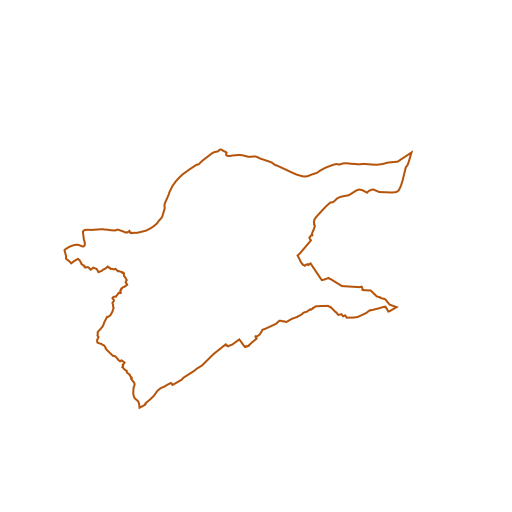 outline of Tha Ruea, Phra Nakhon Si Ayutthaya, Thailand, rotated 141°
{"feature_id": "78962969B60015542915267", "entity_name": "Tha Ruea", "entity_type": "district", "adm_level": 2, "iso_a3": "THA", "parent_name": "Thailand", "parent_adm1": "Phra Nakhon Si Ayutthaya", "projection": "orthographic", "projection_center": [100.715, 14.546], "detail": "fine", "context": "isolated", "style": "outline", "palette": "amber", "viewbox_px": 512, "rotation_deg": 141, "n_neighbors": 0, "source": "geoboundaries", "source_scale": "gbopen_adm2", "svg_char_len": 6109}
<svg xmlns="http://www.w3.org/2000/svg" viewBox="0 0 512 512"><g transform="rotate(141 256 256)"><path d="M120.0,228.2L110.3,219.7L107.7,218.0L106.4,217.3L104.2,217.2L103.4,217.3L99.1,219.4L94.6,222.4L84.1,230.4L83.6,230.7L81.1,231.3L78.6,232.7L70.0,238.6L86.6,240.2L94.9,245.7L100.1,248.0L104.7,250.9L107.8,253.6L114.2,259.7L118.4,262.5L119.5,263.5L120.2,264.4L121.2,265.1L121.8,266.0L123.3,267.0L125.8,269.7L128.5,272.1L130.4,273.3L133.9,274.7L134.9,276.2L137.3,277.8L143.9,280.1L147.0,281.0L153.6,282.2L155.2,282.1L157.2,282.6L161.6,284.3L165.8,285.6L167.7,286.8L169.5,288.4L173.2,293.7L175.9,299.0L183.0,313.6L183.8,314.2L184.0,315.5L184.4,316.4L184.6,317.7L185.0,318.9L185.8,320.3L191.4,329.1L193.1,332.7L193.9,333.8L194.6,334.4L198.7,337.2L199.7,338.1L201.8,341.1L203.8,343.5L205.3,345.0L210.7,348.7L213.6,350.3L215.0,351.7L215.5,352.5L215.6,353.3L215.4,353.7L214.9,354.2L213.9,354.7L214.1,356.3L214.7,357.0L216.0,360.4L216.3,360.6L216.8,361.3L218.3,361.5L219.2,361.2L219.6,361.2L222.7,362.8L224.3,363.3L225.8,363.5L237.8,363.8L242.8,363.3L244.3,364.1L245.4,364.4L252.5,365.1L261.4,365.6L266.9,365.2L271.2,364.5L276.8,363.0L282.9,360.2L285.3,358.6L293.5,354.4L294.6,353.6L295.7,352.4L296.6,350.9L297.2,350.3L303.2,346.2L304.5,345.5L305.8,345.0L308.9,344.6L312.6,343.6L316.5,343.5L320.2,343.8L325.5,344.9L333.6,348.7L336.3,350.9L338.2,351.9L338.2,352.6L339.2,353.1L338.6,355.2L341.3,355.2L341.6,355.4L341.9,356.1L342.9,356.6L343.0,357.3L346.5,363.1L346.9,363.5L347.5,364.0L348.9,364.2L349.8,364.8L353.1,367.9L355.5,370.6L356.5,371.3L358.5,373.5L367.3,379.7L371.3,383.1L372.5,383.9L374.0,384.2L375.1,383.9L376.2,382.3L379.4,377.2L380.4,374.6L381.6,372.8L382.7,372.0L383.3,371.9L384.3,372.1L384.6,372.3L385.2,373.2L386.8,376.1L388.1,377.5L390.0,378.7L392.9,379.9L396.2,380.8L400.5,381.2L401.2,381.0L403.7,375.4L404.9,374.1L405.2,373.7L405.3,372.8L404.8,371.2L404.4,369.2L404.2,366.6L400.8,366.5L396.3,365.9L396.1,365.7L395.8,363.5L396.2,360.9L396.7,359.8L396.2,357.5L395.7,356.8L395.6,356.4L395.7,355.7L396.1,355.5L396.0,354.5L394.1,353.5L393.2,352.4L393.3,351.6L393.1,349.4L391.0,349.3L389.8,349.4L388.0,346.1L388.6,342.6L385.5,341.6L383.4,341.6L380.8,341.0L377.9,341.1L377.8,339.6L377.1,339.2L377.1,337.4L376.2,336.8L374.6,334.8L373.3,334.4L372.9,331.0L372.2,330.8L371.3,329.2L370.2,327.8L370.2,327.5L370.5,327.0L369.5,326.4L369.5,325.7L370.0,325.3L371.2,323.4L371.1,323.0L371.2,320.7L371.4,320.0L371.6,318.6L373.3,318.1L374.0,317.4L373.9,316.0L374.3,314.6L376.8,314.9L377.7,314.9L379.2,315.5L380.2,315.3L381.2,315.5L381.6,315.2L381.8,314.6L382.8,314.7L383.2,314.6L383.9,312.9L384.4,312.4L385.0,312.7L385.4,313.6L385.8,313.8L386.5,313.7L387.8,313.1L389.3,313.0L390.3,312.5L391.3,313.3L392.1,313.7L393.3,313.9L393.8,313.8L394.1,313.5L394.3,313.0L394.0,312.1L394.0,311.8L394.6,310.6L395.0,310.4L396.5,310.1L397.1,309.9L397.9,307.9L398.8,306.8L399.3,305.2L400.5,304.6L402.4,303.2L406.7,301.5L409.1,301.8L410.2,302.4L410.5,302.4L411.6,301.7L415.8,299.9L417.2,298.9L419.2,297.9L422.3,297.2L426.9,296.5L427.4,295.9L428.4,294.6L429.3,293.9L429.4,292.1L430.5,291.5L432.1,290.9L433.3,289.5L433.7,288.5L432.5,286.3L431.5,285.1L431.1,283.2L430.4,282.3L430.3,282.0L430.6,279.2L431.2,278.6L430.7,274.0L430.0,268.3L429.2,267.6L428.4,266.4L428.3,262.4L428.4,261.7L428.1,260.3L427.9,259.8L427.7,259.6L426.5,259.7L426.2,259.6L425.2,255.9L426.5,255.5L428.1,255.3L428.3,255.1L428.2,254.5L428.3,254.2L428.8,254.0L429.5,253.9L429.9,253.7L429.7,253.1L429.6,251.7L429.6,250.5L429.3,249.3L428.7,248.2L429.6,246.9L429.3,244.8L428.8,243.0L428.9,242.8L429.2,242.7L429.3,242.5L429.2,239.5L430.1,239.6L430.3,239.1L430.5,233.8L430.9,233.0L431.4,232.4L432.3,231.7L434.0,230.7L434.8,229.9L438.0,226.3L438.7,225.1L439.5,223.1L439.7,222.1L439.7,221.1L439.1,217.9L439.2,216.7L440.2,214.1L442.0,211.4L436.2,210.2L435.9,210.3L435.1,210.3L434.8,211.0L427.9,211.2L423.7,211.6L422.2,211.9L417.7,213.2L416.8,213.3L413.7,213.3L412.7,213.2L410.0,212.3L405.8,211.7L402.3,210.9L402.0,210.8L401.8,210.4L402.0,208.3L391.4,206.6L389.3,207.1L375.8,205.6L373.0,205.7L366.8,204.9L353.0,206.3L350.1,206.5L335.2,206.4L335.4,205.0L334.7,204.8L334.5,203.3L332.5,202.9L330.2,202.1L321.5,201.7L321.9,192.4L320.5,192.2L320.7,191.6L319.2,191.1L318.0,190.8L317.9,191.1L315.4,191.2L313.2,191.4L307.6,191.4L307.3,193.5L306.8,193.9L306.4,193.5L306.3,193.1L306.0,192.9L303.7,192.7L302.2,192.7L300.5,193.4L299.7,193.5L299.2,193.9L297.5,194.6L294.6,193.6L283.2,190.7L278.6,191.0L278.2,190.5L277.6,190.2L276.8,189.3L276.1,188.0L275.2,187.6L274.3,185.8L272.9,185.4L269.3,184.9L267.4,184.5L266.2,184.1L262.0,182.6L261.4,182.7L259.6,182.2L257.0,181.8L255.1,182.0L254.1,181.8L251.4,180.7L247.5,180.5L247.3,180.4L247.1,179.6L245.0,179.5L244.9,179.7L244.7,179.8L243.8,179.5L241.3,179.3L236.3,175.7L231.3,171.8L230.6,169.6L230.3,169.6L230.1,169.2L229.4,162.0L229.1,161.7L229.2,158.6L228.9,158.2L226.2,157.0L226.3,154.3L225.7,154.1L224.3,153.9L224.0,153.7L224.3,151.0L224.1,150.8L218.7,146.6L215.8,144.8L213.1,144.0L206.0,142.3L203.2,142.3L201.3,142.1L201.2,141.6L193.2,137.9L188.3,135.9L188.0,135.7L187.9,135.0L187.3,134.9L188.1,129.5L186.9,129.0L178.9,127.8L182.7,134.0L182.8,138.2L182.7,140.2L183.2,141.9L183.7,142.4L185.7,145.1L185.5,145.7L187.6,148.6L188.5,156.4L188.6,157.0L189.0,157.6L190.0,158.2L194.6,162.5L193.7,163.9L193.2,165.1L193.2,165.7L194.9,166.4L208.1,178.5L212.6,191.2L213.3,192.2L213.4,193.3L217.7,194.7L220.0,195.8L219.9,198.0L218.3,215.9L221.0,216.1L220.9,217.1L222.1,217.4L222.7,217.8L223.4,217.6L224.2,217.7L224.3,218.4L224.7,219.0L225.0,219.3L224.9,220.3L225.1,220.7L224.9,223.2L223.3,230.3L221.5,230.2L219.6,230.5L203.4,233.6L203.4,234.9L203.0,236.7L200.5,237.2L200.0,237.1L199.4,236.6L199.0,236.7L199.1,237.7L195.6,239.8L194.9,239.8L194.4,240.4L191.4,242.2L191.1,243.8L190.6,244.0L190.3,244.9L189.9,245.6L188.3,247.1L187.2,247.7L185.0,248.4L174.9,249.9L170.2,250.5L164.6,250.8L163.2,249.8L161.8,249.4L160.8,249.3L156.5,249.7L153.5,248.9L150.3,247.4L146.4,245.2L144.9,244.7L136.9,243.8L133.9,242.7L132.0,240.3L129.8,235.3L128.9,235.5L127.8,235.5L126.6,235.4L124.0,234.5L123.0,233.9L120.0,228.2Z" fill="none" stroke="#b45309" stroke-width="2"/></g></svg>